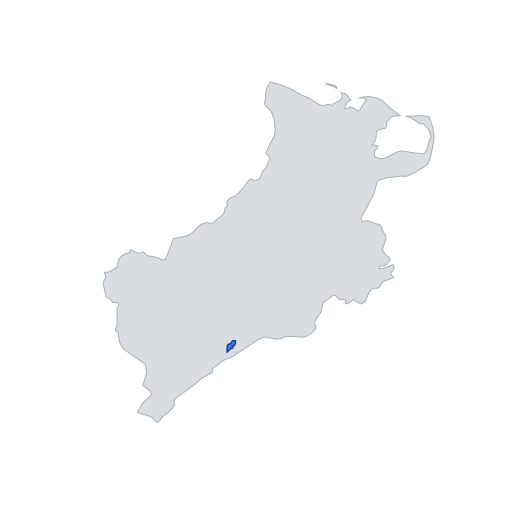 location of Danew, Chardzhou, Turkmenistan, rotated 110°
{"feature_id": "10190150B82365313393871", "entity_name": "Danew", "entity_type": "district", "adm_level": 2, "iso_a3": "TKM", "parent_name": "Turkmenistan", "parent_adm1": "Chardzhou", "projection": "albers", "projection_center": [63.207, 39.218], "detail": "fine", "context": "in_parent", "style": "filled", "palette": "blue", "viewbox_px": 512, "rotation_deg": 110, "n_neighbors": 0, "source": "geoboundaries", "source_scale": "gbopen_adm2", "svg_char_len": 4131}
<svg xmlns="http://www.w3.org/2000/svg" viewBox="0 0 512 512"><g transform="rotate(110 256 256)"><path d="M156.8,166.4L177.9,169.2L184.4,170.5L187.3,167.6L187.2,166.9L186.3,166.2L184.9,163.9L184.4,149.4L186.4,147.5L188.6,146.1L192.0,141.8L193.7,140.5L196.2,139.5L204.2,139.7L207.6,139.0L210.8,134.0L211.6,131.1L213.9,128.8L215.1,128.9L220.4,131.3L221.6,132.4L223.2,136.3L225.2,136.1L225.6,135.5L225.4,134.7L224.0,132.2L220.8,127.8L217.6,124.9L217.4,124.0L220.3,122.0L226.0,123.2L227.5,122.6L229.1,119.3L236.3,127.3L237.7,128.2L243.6,129.5L244.6,130.6L246.4,135.1L248.4,136.4L251.0,137.3L261.7,137.9L264.9,141.0L265.4,141.7L264.7,143.8L264.4,147.8L263.5,149.4L264.0,150.1L267.8,151.9L269.9,154.6L270.1,155.7L269.4,156.4L267.7,156.0L266.7,157.1L266.7,159.2L267.9,161.2L268.2,163.1L266.2,167.2L266.1,168.9L266.7,169.9L276.2,176.6L277.8,176.8L287.3,175.9L289.0,176.7L297.3,178.3L299.6,178.1L301.2,176.1L302.7,175.3L304.2,175.3L308.1,176.7L312.2,179.5L314.9,182.0L316.3,184.2L319.9,196.6L322.4,201.7L325.3,204.4L327.4,209.2L329.1,219.8L330.2,221.9L334.7,226.1L358.1,243.3L365.3,251.0L376.4,258.2L380.4,257.3L389.2,265.1L394.8,268.0L402.0,272.6L417.2,282.9L420.4,283.3L424.0,281.7L427.2,282.4L432.9,285.0L439.1,288.9L444.3,290.2L445.9,291.9L446.0,292.9L443.3,298.2L443.1,304.9L443.7,313.8L442.3,313.9L431.9,311.8L422.1,306.6L419.8,308.4L418.7,310.3L416.5,318.1L403.3,318.8L395.6,322.8L388.9,347.9L387.3,351.0L383.0,355.2L375.4,359.3L374.2,360.9L374.0,362.4L373.1,362.9L368.8,362.9L352.7,368.4L349.1,368.4L347.7,368.9L347.1,369.8L348.8,374.8L347.4,376.3L346.4,378.7L345.6,383.1L334.8,389.8L332.5,390.6L328.3,389.9L326.0,390.6L323.7,392.7L322.6,392.1L322.1,389.9L321.0,388.5L314.4,382.9L306.7,383.7L303.8,383.2L301.6,382.2L298.1,379.0L296.0,376.0L293.6,376.3L292.9,374.9L292.9,373.2L293.6,371.3L293.5,367.5L292.2,364.8L290.7,363.6L292.5,359.3L292.6,356.0L291.6,352.5L291.3,347.4L291.7,342.4L290.3,339.9L268.0,339.5L260.5,327.6L257.3,324.7L246.6,319.4L243.6,316.7L241.3,313.7L240.8,309.7L239.7,307.3L238.0,306.9L229.6,301.9L226.3,300.6L221.6,301.5L218.8,300.0L215.5,301.6L214.1,301.7L210.6,300.4L206.6,296.0L203.1,294.1L195.7,291.0L190.4,289.8L185.8,287.9L185.4,287.3L185.5,283.8L184.9,282.3L183.7,280.5L181.9,279.0L173.9,278.6L170.3,277.0L167.4,276.6L161.0,276.4L158.9,277.2L157.6,278.2L156.6,281.5L155.8,282.0L149.6,281.6L136.5,279.8L130.9,281.0L121.9,285.5L116.6,289.5L114.9,291.3L111.3,298.9L109.9,299.9L108.1,300.6L106.4,300.6L98.3,302.9L95.1,303.4L87.4,302.2L86.7,290.4L87.0,281.2L89.1,268.7L89.6,260.5L92.1,248.3L92.0,245.2L88.6,239.4L88.4,235.5L86.1,235.1L82.5,231.5L78.8,229.8L76.9,229.5L75.1,230.3L73.6,231.9L73.0,229.0L73.4,225.9L77.1,220.0L78.8,222.1L81.0,223.1L86.9,223.3L86.6,221.1L83.8,218.6L83.5,215.7L84.0,212.8L85.1,210.1L84.3,208.9L83.1,208.1L79.9,207.8L71.9,205.9L70.5,209.0L72.3,213.6L69.2,208.3L67.2,203.0L66.2,196.9L66.7,190.6L71.0,180.8L74.9,168.6L77.4,174.2L79.4,176.8L84.3,178.8L86.8,178.7L89.5,177.6L92.0,178.4L95.4,184.2L98.2,185.1L104.3,183.6L107.1,183.4L109.5,184.6L112.0,184.9L111.1,182.2L110.9,179.7L112.5,178.6L117.0,180.4L120.9,179.3L121.6,178.7L122.2,176.6L122.0,172.3L121.3,170.4L119.5,167.7L111.9,160.9L109.3,158.2L107.4,154.9L104.9,142.2L102.9,134.0L101.9,132.9L97.2,131.8L88.1,132.8L84.9,132.0L83.4,132.7L79.4,135.6L77.3,138.2L74.2,144.4L75.8,146.7L73.1,157.5L73.4,162.3L73.1,162.6L71.0,156.5L68.0,150.2L66.0,141.0L72.1,135.9L77.1,132.3L82.3,129.8L87.6,128.3L99.4,126.3L105.8,125.8L111.0,126.1L114.7,128.5L124.7,136.6L129.0,141.1L130.1,142.8L131.1,146.8L137.8,160.0L139.5,161.9L142.2,166.1L145.1,167.6L156.8,166.4ZM70.5,248.1L70.1,249.8L69.1,244.6L69.0,239.0L70.1,237.6L71.2,237.8L69.9,239.7L70.5,248.1Z" fill="#d9dde1" stroke="#a8b0b8" stroke-width="1"/><path d="M354.3,249.4L353.4,249.0L351.6,248.0L351.4,247.7L351.2,247.6L350.9,247.0L350.4,246.4L349.2,247.4L348.9,247.1L347.9,246.1L347.2,245.6L345.0,245.6L342.9,246.2L342.8,246.9L343.2,248.1L344.0,249.2L346.6,249.8L347.2,249.8L347.7,250.7L348.4,251.7L349.6,252.3L349.8,252.3L350.2,252.3L351.0,252.1L351.4,251.7L353.0,251.4L353.6,251.2L354.8,250.9L356.0,250.3L355.0,249.8L354.3,249.4Z" fill="#3b82f6" stroke="#1e3a8a" stroke-width="1.5"/></g></svg>